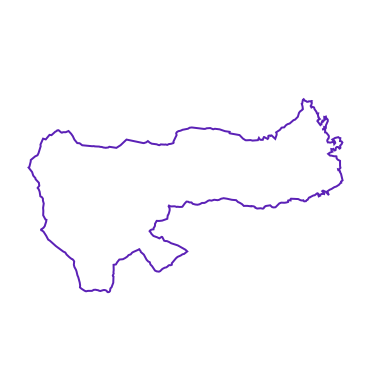 the district of Maieru, Bistrita-Nasaud, Romania, rotated 260°
{"feature_id": "2599482B60553702262624", "entity_name": "Maieru", "entity_type": "district", "adm_level": 2, "iso_a3": "ROU", "parent_name": "Romania", "parent_adm1": "Bistrita-Nasaud", "projection": "albers", "projection_center": [24.741, 47.474], "detail": "fine", "context": "isolated", "style": "outline", "palette": "violet", "viewbox_px": 384, "rotation_deg": 260, "n_neighbors": 0, "source": "geoboundaries", "source_scale": "gbopen_adm2", "svg_char_len": 6044}
<svg xmlns="http://www.w3.org/2000/svg" viewBox="0 0 384 384"><g transform="rotate(260 192 192)"><path d="M219.3,347.4L219.6,346.5L220.6,345.6L220.4,342.4L219.3,339.3L218.5,339.8L218.0,340.8L216.8,341.4L215.5,341.6L214.5,340.4L215.5,340.4L216.9,339.8L216.6,336.6L217.2,335.3L217.2,334.5L218.3,334.1L219.5,334.2L221.1,335.5L221.1,335.8L222.6,336.4L223.8,336.4L227.1,334.6L227.6,333.4L230.5,334.0L230.9,333.7L230.9,331.9L231.2,331.9L231.9,333.3L233.0,333.5L232.2,335.0L234.3,335.4L238.3,338.1L239.8,338.2L241.4,337.1L243.0,336.9L242.7,336.1L243.0,335.3L241.1,335.0L240.2,335.6L239.6,334.2L238.7,333.6L238.5,333.2L239.3,332.7L237.7,331.6L236.1,331.2L236.2,330.6L235.7,330.0L240.1,327.8L240.4,328.0L240.2,328.2L241.3,329.3L241.7,330.5L243.1,329.6L243.5,329.8L243.9,329.4L246.3,329.4L247.5,329.9L247.7,328.7L249.5,328.4L252.2,327.1L254.0,326.9L254.9,325.6L254.5,324.3L256.1,323.8L256.5,324.3L258.9,325.5L259.9,325.1L260.7,325.7L260.9,325.3L260.7,324.7L261.0,322.8L260.7,321.8L261.0,320.7L261.8,320.0L262.2,319.1L264.0,318.1L263.5,317.2L259.8,315.8L259.7,315.4L257.4,315.7L254.6,315.6L254.6,315.3L253.8,314.9L252.5,312.3L251.3,311.1L247.7,309.3L245.4,306.1L245.1,304.4L242.5,300.1L242.2,297.8L241.3,295.9L239.7,294.1L239.8,291.4L237.9,289.3L236.1,285.2L235.1,285.5L233.7,285.3L229.9,283.2L233.9,280.2L233.6,279.0L234.1,278.7L234.1,277.2L233.8,276.8L232.1,276.7L231.1,275.7L233.6,272.6L233.6,272.3L231.1,270.7L231.4,270.2L231.3,269.1L231.9,268.0L233.6,267.3L231.6,265.9L232.1,260.6L233.0,258.5L233.4,255.1L233.7,253.7L235.7,251.5L239.8,248.7L243.2,239.4L243.6,239.1L244.7,239.5L246.2,235.0L248.9,230.1L250.3,225.5L250.1,223.7L251.8,221.1L252.2,217.4L251.9,216.3L252.0,214.9L255.6,203.0L255.7,200.8L255.0,199.0L254.9,193.3L254.6,192.5L254.3,190.7L254.3,189.2L253.6,187.5L252.6,186.6L250.7,186.7L244.9,182.5L243.8,182.5L243.4,182.1L243.1,179.7L243.2,177.5L242.7,175.8L243.4,174.2L243.4,173.3L244.3,169.5L243.8,168.2L244.0,167.3L245.1,165.5L246.6,160.7L247.9,159.0L249.8,157.4L248.9,155.6L248.5,153.1L248.8,152.1L255.0,136.6L250.5,129.8L248.6,125.2L250.9,118.4L250.4,117.3L250.5,114.8L251.2,112.5L252.0,111.0L252.5,109.1L252.8,108.7L253.8,104.2L254.2,103.4L254.4,101.7L257.1,92.0L259.5,89.8L260.1,87.5L264.0,85.3L267.7,84.3L270.3,83.1L273.5,81.0L272.8,78.0L273.3,75.4L273.0,74.2L273.4,73.5L276.0,71.3L276.1,70.0L275.5,69.2L275.1,67.8L272.4,63.5L273.0,61.6L269.2,57.1L270.4,54.6L265.0,51.0L263.3,50.9L256.9,47.6L255.0,46.2L254.3,43.7L251.5,38.8L249.9,38.4L245.0,36.2L244.5,35.3L239.4,38.0L235.7,38.5L232.8,40.2L231.7,40.2L227.7,42.8L224.7,42.7L222.8,40.7L221.3,41.5L218.8,42.0L214.1,41.9L212.8,43.4L211.3,44.0L209.4,43.7L206.4,44.0L202.2,42.6L199.1,42.3L194.9,41.4L190.4,42.9L189.9,43.8L188.1,43.2L183.9,41.0L182.5,39.5L181.3,36.9L180.5,36.9L179.9,37.9L178.5,39.0L174.2,40.8L170.1,42.1L168.7,43.6L162.2,48.7L155.7,54.9L154.4,56.7L152.2,57.6L149.1,59.9L146.9,61.9L146.6,62.6L145.2,63.5L144.1,63.9L140.8,63.0L138.5,63.2L135.6,64.2L133.8,64.5L129.9,64.7L127.8,65.2L122.2,65.7L119.4,65.6L117.5,65.1L116.0,66.3L113.4,69.1L112.6,70.4L112.7,72.2L112.0,76.3L112.7,78.3L112.5,80.0L111.4,82.8L110.9,83.3L110.4,84.6L110.8,87.7L110.7,88.6L110.3,89.7L109.6,90.7L108.3,91.3L107.9,91.9L108.0,93.2L108.8,94.1L111.2,94.9L112.1,96.2L116.3,98.7L122.4,100.0L122.8,99.6L123.5,99.5L125.3,100.7L126.6,100.7L128.6,101.3L133.9,102.1L133.9,104.5L135.9,106.2L138.1,108.7L137.8,112.3L138.6,114.8L139.7,117.2L140.7,118.3L141.0,119.1L141.2,120.8L142.6,122.4L143.1,123.7L144.6,129.7L144.8,129.9L144.8,130.1L144.2,130.1L143.4,130.9L141.8,131.2L138.7,133.7L133.2,135.5L131.2,136.8L130.2,138.2L127.8,138.5L125.9,139.8L121.1,141.9L120.0,143.4L119.3,145.6L119.6,146.9L121.4,149.5L122.2,152.0L122.2,153.3L122.8,154.9L123.7,156.1L123.9,156.9L123.6,158.4L123.9,159.5L125.3,159.7L129.5,164.7L130.6,166.5L131.4,169.8L132.3,171.8L132.4,173.5L134.3,177.0L136.3,175.5L141.9,168.7L145.2,162.5L146.7,160.8L148.0,158.8L148.3,157.3L148.9,156.1L152.8,154.9L153.1,154.3L152.0,151.8L153.4,149.9L155.4,146.4L158.0,144.7L159.9,144.1L160.4,143.5L160.8,143.4L161.3,143.9L161.9,145.2L162.0,146.2L161.9,147.6L163.4,148.1L164.5,149.3L166.0,149.9L167.0,150.0L169.7,152.2L169.2,154.6L169.0,157.6L169.9,163.0L173.3,164.1L173.7,164.7L175.4,165.7L177.8,166.8L179.6,167.1L182.0,166.5L182.6,167.0L181.5,168.5L180.9,172.5L179.9,174.5L180.0,175.4L179.5,176.8L179.1,179.4L179.2,180.0L182.0,182.9L183.5,184.9L183.1,186.5L182.2,187.6L181.8,189.7L180.3,190.6L179.1,193.1L178.5,195.2L178.6,197.3L179.5,200.0L179.1,202.3L179.4,203.7L180.6,206.4L180.8,207.8L180.1,209.8L180.5,212.5L179.5,215.8L179.6,217.4L180.3,219.5L180.4,222.1L179.3,225.3L177.4,229.9L176.3,234.0L174.0,235.7L173.3,236.9L171.4,239.1L169.3,240.6L168.8,243.9L167.6,247.7L167.9,247.9L167.1,250.4L166.0,251.6L165.5,251.6L164.4,253.3L164.1,256.7L163.3,258.9L163.5,259.7L165.0,261.0L165.0,261.8L165.4,262.3L165.3,266.7L163.2,268.3L162.6,269.8L162.5,271.6L165.6,276.0L166.0,277.9L165.3,281.7L165.3,283.3L165.5,284.9L166.9,285.2L167.0,286.3L166.6,287.6L167.8,287.8L168.2,288.3L166.6,295.4L165.1,297.4L164.5,298.9L164.5,300.1L164.1,300.1L163.3,300.9L163.2,302.6L164.1,303.6L164.2,304.4L166.1,306.2L166.4,307.0L166.3,307.6L166.6,308.0L167.5,310.9L167.5,312.3L168.9,314.9L168.9,315.5L168.2,316.1L167.4,315.8L165.7,316.1L166.1,317.5L166.9,317.3L167.4,319.0L167.6,319.4L167.3,320.8L167.5,321.2L167.1,321.8L167.5,322.0L170.2,320.4L170.6,321.3L168.8,324.0L165.1,326.2L169.1,325.4L170.3,327.9L170.8,330.0L172.0,332.9L172.4,335.2L173.7,338.2L174.9,339.5L175.2,340.6L176.4,340.6L177.3,342.3L184.0,341.9L186.2,341.1L186.7,341.4L187.7,340.8L188.0,339.9L188.5,339.8L188.8,339.8L188.4,340.4L188.7,341.1L189.5,341.4L189.7,342.1L190.0,342.4L191.8,342.3L197.0,343.2L198.5,341.2L199.1,340.8L200.0,340.3L202.0,340.4L202.2,340.1L202.5,338.2L203.7,335.4L203.9,334.3L205.9,332.7L206.8,334.6L207.3,337.2L208.6,336.6L210.1,336.7L209.7,337.8L209.9,338.7L208.5,339.2L208.1,339.7L208.3,340.6L210.4,341.3L211.1,342.2L211.0,343.6L209.1,344.8L209.4,345.6L210.2,345.9L211.9,345.9L213.0,347.5L214.7,348.7L215.9,348.0L216.4,346.6L219.3,347.4Z" fill="none" stroke="#5b21b6" stroke-width="2"/></g></svg>